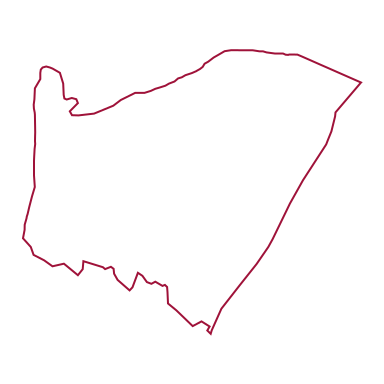 Madagali, Adamawa, Nigeria
{"feature_id": "59680162B31090464189446", "entity_name": "Madagali", "entity_type": "district", "adm_level": 2, "iso_a3": "NGA", "parent_name": "Nigeria", "parent_adm1": "Adamawa", "projection": "natural_earth1", "projection_center": [13.488, 10.795], "detail": "fine", "context": "isolated", "style": "outline", "palette": "rose", "viewbox_px": 384, "rotation_deg": 0, "n_neighbors": 0, "source": "geoboundaries", "source_scale": "gbopen_adm2", "svg_char_len": 1703}
<svg xmlns="http://www.w3.org/2000/svg" viewBox="0 0 384 384"><path d="M35.1,125.8L35.2,132.5L35.1,135.7L35.0,141.1L35.2,144.0L34.6,148.9L34.2,156.4L34.0,160.8L34.0,173.1L34.0,175.4L34.8,187.0L32.0,196.4L29.3,206.8L28.6,209.8L27.6,214.1L26.8,216.5L26.5,218.4L24.7,224.7L24.6,229.9L23.0,238.3L30.8,247.0L33.6,254.9L44.1,260.3L52.5,266.3L63.9,263.7L64.9,264.5L77.9,275.2L82.7,269.2L83.4,261.2L102.9,267.2L105.1,269.1L110.9,266.8L113.6,268.8L114.1,273.7L117.6,279.9L129.6,290.4L132.5,287.3L137.9,272.8L142.4,275.8L146.9,282.1L151.4,283.8L155.3,281.7L162.5,285.9L164.9,284.9L167.1,287.0L167.5,292.3L168.0,303.5L176.3,310.3L192.7,326.1L201.5,321.4L209.6,326.5L207.3,330.5L210.7,333.8L211.7,330.4L221.4,308.7L240.0,284.9L250.8,271.3L256.6,264.0L268.3,247.0L272.6,239.2L286.8,210.0L289.9,203.6L303.0,180.2L326.2,144.4L327.9,140.0L331.4,131.4L335.1,116.4L335.5,112.4L360.4,83.2L360.6,82.9L361.0,82.5L338.0,72.4L327.8,67.9L320.7,64.8L310.3,60.2L301.9,56.5L297.4,54.6L290.8,54.5L289.3,54.5L288.2,54.9L285.6,54.7L283.7,53.8L282.9,53.5L280.3,53.5L278.5,53.5L274.7,53.5L266.5,52.4L262.9,51.3L259.3,51.3L252.9,50.3L231.1,50.2L224.6,51.2L217.9,55.1L213.7,57.5L208.2,61.7L204.6,63.7L202.7,66.9L200.0,69.0L196.6,70.9L196.4,71.1L191.8,73.1L185.4,75.2L181.8,77.3L178.1,78.4L174.5,81.5L169.0,83.6L165.4,85.7L159.4,87.6L155.3,88.8L150.8,90.9L144.4,92.9L135.3,92.9L135.1,92.9L120.8,100.0L113.3,105.7L94.1,113.6L78.5,115.4L72.0,115.2L69.8,111.3L77.9,103.1L76.3,99.2L71.8,98.0L66.7,99.5L64.4,98.5L63.7,94.9L63.2,83.6L59.9,72.8L52.6,68.6L49.9,67.5L46.2,66.5L42.6,67.5L40.8,69.6L40.3,72.9L40.3,79.1L34.9,88.3L34.4,99.3L33.7,104.7L33.9,108.5L34.7,112.5L34.9,114.7L35.1,125.8Z" fill="none" stroke="#9f1239" stroke-width="2"/></svg>